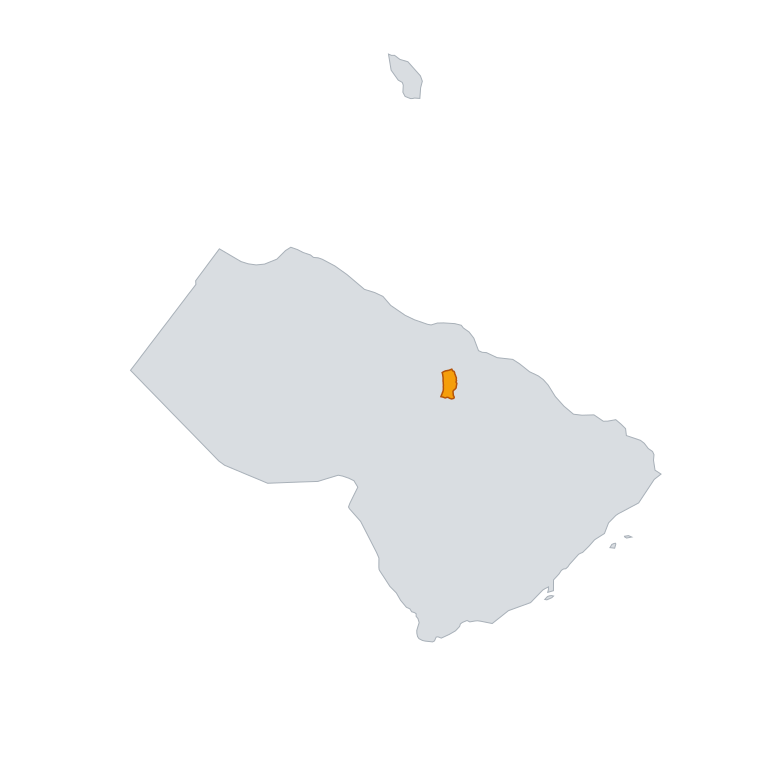 Yab'uth, Hadramawt, Yemen (highlighted), rotated 236°
{"feature_id": "15242507B24297046109512", "entity_name": "Yab'uth", "entity_type": "district", "adm_level": 2, "iso_a3": "YEM", "parent_name": "Yemen", "parent_adm1": "Hadramawt", "projection": "equal_earth", "projection_center": [47.741, 14.778], "detail": "fine", "context": "in_parent", "style": "filled", "palette": "amber", "viewbox_px": 768, "rotation_deg": 236, "n_neighbors": 0, "source": "geoboundaries", "source_scale": "gbopen_adm2", "svg_char_len": 5733}
<svg xmlns="http://www.w3.org/2000/svg" viewBox="0 0 768 768"><g transform="rotate(236 384 384)"><path d="M588.1,323.1L565.5,333.9L559.6,338.6L554.2,344.6L550.2,352.0L547.4,365.0L549.7,376.9L549.5,383.2L543.7,387.5L538.2,390.5L532.1,395.2L528.4,396.3L525.4,400.0L521.9,402.6L509.3,409.3L495.4,414.5L473.4,420.7L464.9,427.5L457.2,432.1L445.4,433.5L429.2,439.9L420.3,445.1L409.1,453.5L406.6,456.1L404.7,462.3L401.3,467.6L394.5,476.4L389.5,480.9L386.1,481.1L379.6,483.6L371.8,484.1L358.8,481.0L355.4,483.1L352.7,486.5L342.6,492.5L332.4,504.5L324.9,507.7L312.8,511.5L304.3,516.5L298.6,518.5L291.3,519.5L277.8,519.0L264.9,520.8L253.0,524.2L247.4,530.7L241.0,540.8L230.5,545.0L228.1,548.7L224.8,556.2L218.0,558.1L211.9,559.3L205.7,556.1L193.9,565.1L189.4,566.6L182.7,567.0L177.9,568.9L174.4,568.3L170.1,564.8L161.0,560.5L154.4,563.3L153.8,554.7L143.0,528.6L145.4,505.9L145.4,502.7L143.3,492.5L136.8,483.2L137.1,471.5L134.9,463.1L133.3,454.5L133.8,452.2L134.0,450.1L130.7,436.9L129.6,434.2L129.2,431.4L130.3,429.3L130.3,426.8L128.6,422.7L126.8,415.0L117.9,408.9L119.7,403.2L121.5,405.2L123.8,406.9L124.3,403.2L124.4,400.5L120.8,383.3L126.5,360.4L124.9,339.8L133.3,331.5L135.5,329.0L136.7,326.8L138.8,322.1L141.5,320.6L142.5,315.7L142.4,313.2L140.7,311.1L139.4,305.3L139.9,298.0L140.4,295.0L141.3,289.4L144.3,287.3L145.0,285.7L142.8,282.2L143.0,280.1L148.0,274.2L150.0,272.4L153.3,270.6L155.8,270.6L158.7,271.7L161.3,273.3L163.8,276.3L166.5,279.7L170.6,281.0L173.4,280.7L175.6,282.2L177.5,281.4L179.7,279.6L183.2,279.7L186.4,277.7L195.3,276.8L203.9,277.4L212.9,275.7L221.9,275.9L231.0,276.0L233.0,276.2L235.0,277.3L242.6,282.5L248.4,283.6L260.0,285.0L272.4,286.5L283.2,287.8L292.3,286.6L299.9,285.6L301.9,285.8L304.2,289.0L308.8,297.0L313.1,304.6L320.6,305.0L325.5,302.2L330.8,298.2L334.0,295.0L337.8,282.7L340.2,274.7L345.8,265.8L350.5,258.3L356.7,248.3L360.1,242.8L366.8,232.0L373.3,227.8L385.7,219.6L397.9,211.6L405.8,206.4L412.5,204.0L423.8,202.0L437.1,199.6L450.4,197.2L464.5,194.6L480.3,191.7L491.1,189.8L504.9,187.3L516.4,185.2L526.6,183.4L537.1,181.5L539.1,187.5L541.1,193.5L543.2,199.5L545.2,205.5L547.3,211.5L549.3,217.5L551.3,223.5L553.4,229.6L555.4,235.6L557.4,241.6L559.5,247.6L561.5,253.6L563.6,259.7L565.6,265.7L567.7,271.7L569.7,277.8L571.7,283.7L574.9,285.6L576.9,291.2L579.7,299.2L582.5,307.1L585.3,315.1L588.1,323.1ZM621.0,567.1L623.8,567.8L628.0,565.7L640.2,565.4L655.0,572.2L652.2,574.0L650.6,576.5L644.2,578.7L637.8,584.0L619.1,586.5L613.6,585.1L609.1,580.0L600.7,573.4L604.0,569.2L604.7,567.3L605.9,565.5L610.6,562.3L615.3,562.8L621.0,567.1ZM123.1,485.7L122.5,486.9L121.7,486.7L118.9,483.4L122.0,479.8L123.6,483.2L123.1,485.7ZM114.9,404.6L113.4,406.0L113.0,403.6L114.0,398.3L115.5,396.8L116.4,400.7L115.8,402.9L114.9,404.6ZM121.6,501.9L118.6,503.8L120.6,499.0L122.7,498.0L123.3,498.2L121.6,501.9Z" fill="#d9dde1" stroke="#a8b0b8" stroke-width="1"/><path d="M341.7,424.1L340.0,425.7L339.9,425.8L338.5,426.7L338.3,426.9L338.1,427.2L338.0,427.5L338.0,427.8L337.9,428.3L337.8,428.5L337.7,428.7L337.5,429.1L337.3,429.4L337.1,429.6L336.8,429.8L335.5,430.4L335.4,430.5L335.1,430.7L334.8,430.9L334.6,431.1L334.4,431.2L334.3,431.4L334.0,431.5L333.8,431.8L333.7,432.1L333.6,432.3L333.5,432.5L333.4,432.8L333.3,433.2L333.1,433.7L333.2,434.1L333.4,434.4L333.6,434.7L333.9,434.8L334.1,434.9L334.5,435.0L334.8,435.1L335.1,435.1L335.5,435.0L335.8,435.1L336.3,435.4L336.6,435.6L336.9,435.8L337.3,435.9L337.6,436.1L338.0,436.3L338.3,436.5L338.5,436.6L339.1,436.9L339.4,437.2L339.6,437.6L339.7,438.0L339.9,438.5L339.9,438.8L339.9,439.0L339.9,439.5L340.0,439.9L340.0,440.1L340.1,440.4L340.2,440.7L340.2,440.9L340.3,441.2L340.3,441.3L340.6,441.7L340.9,442.0L341.2,442.3L341.4,442.4L341.5,442.5L341.8,442.8L342.1,443.1L342.4,443.4L342.6,443.6L343.0,444.0L343.3,444.2L343.5,444.5L343.9,444.8L344.3,444.8L344.6,444.7L345.0,444.7L345.4,444.8L345.7,445.2L345.8,445.4L345.9,445.5L346.1,445.9L346.4,446.1L346.8,446.2L347.2,446.3L347.3,446.4L347.5,446.6L347.8,446.8L348.2,447.1L348.5,447.4L348.8,447.5L349.2,447.6L349.6,447.7L350.0,447.7L350.4,447.8L350.7,447.9L350.9,448.0L351.1,448.1L351.3,448.1L351.6,448.2L351.8,448.2L352.2,448.3L352.4,448.3L352.6,448.3L352.9,448.4L353.3,448.6L353.6,448.7L353.7,448.8L354.0,448.9L354.4,449.0L354.6,449.0L355.1,449.1L355.5,449.0L355.8,448.8L355.9,448.7L356.1,448.5L356.6,448.3L356.9,448.3L357.1,448.3L357.3,448.4L357.7,448.4L357.9,448.4L358.0,448.4L358.2,448.5L358.4,448.5L358.5,448.1L358.6,447.7L358.6,447.3L358.7,447.2L358.8,446.8L358.8,446.4L359.0,446.0L359.0,445.9L359.1,445.5L359.2,445.2L359.3,445.0L359.5,444.6L359.6,444.2L359.8,443.9L359.8,443.7L360.1,443.2L360.3,442.8L360.4,442.4L360.6,442.0L360.6,441.6L360.7,441.1L360.8,440.8L360.8,440.7L360.9,440.2L360.9,439.8L360.9,439.6L360.9,439.4L360.9,439.0L360.9,438.6L360.7,438.6L360.3,438.4L360.1,438.3L359.9,438.2L359.6,438.1L359.3,438.0L359.0,437.9L358.9,437.9L358.6,437.7L358.2,437.5L357.9,437.4L357.5,437.2L357.4,437.1L357.2,437.0L356.9,436.9L356.6,436.7L356.3,436.6L356.0,436.4L355.6,436.2L355.3,435.9L355.1,435.8L355.0,435.7L354.8,435.6L354.6,435.5L354.4,435.3L354.0,435.0L353.9,435.0L353.6,434.8L353.4,434.6L353.2,434.6L353.0,434.4L352.6,434.2L352.3,434.1L352.2,434.0L351.8,433.8L351.4,433.5L351.0,433.2L350.7,433.1L350.2,432.8L349.8,432.6L349.7,432.5L349.4,432.3L349.0,432.0L348.8,431.8L348.6,431.6L348.4,431.5L348.2,431.4L347.9,431.2L347.5,431.0L347.2,430.8L346.9,430.6L346.6,430.3L346.4,430.2L346.2,430.1L346.0,429.9L345.8,429.7L345.7,429.6L345.4,429.4L345.1,429.0L344.9,428.7L344.5,428.3L344.4,428.0L344.3,427.9L344.2,427.8L344.1,427.6L343.9,427.3L343.9,427.2L343.6,426.9L343.3,426.5L343.0,426.0L342.8,425.8L342.8,425.6L342.5,425.3L342.4,425.1L342.2,424.8L342.1,424.7L341.7,424.1Z" fill="#f59e0b" stroke="#b45309" stroke-width="1.5"/></g></svg>